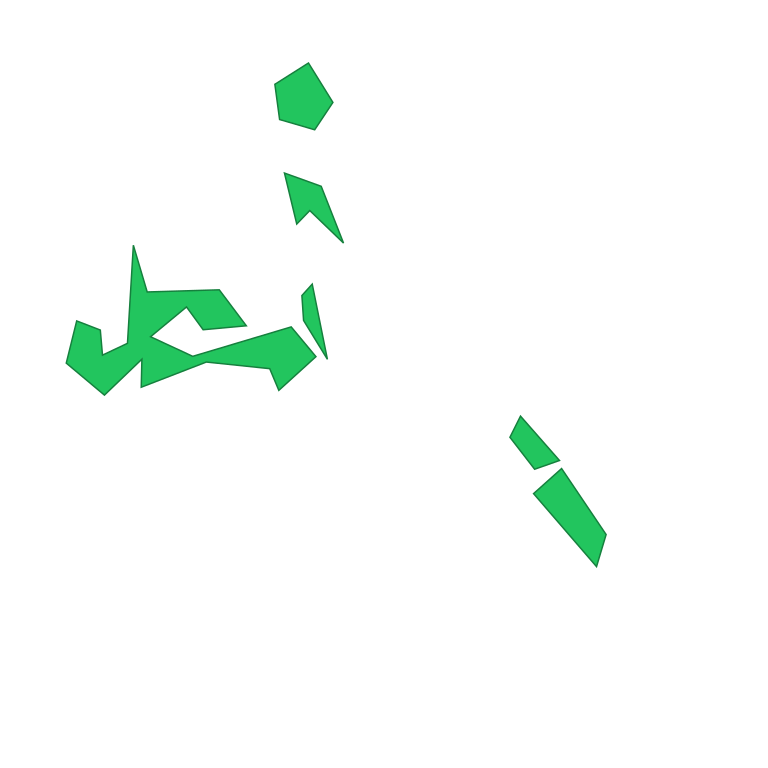 Nagasaki, Albers equal-area conic projection, rotated 131°
{"feature_id": "JPN-3500", "entity_name": "Nagasaki", "entity_type": "Prefecture", "adm_level": 1, "iso_a3": "JPN", "parent_name": "Japan", "parent_adm1": "", "projection": "albers", "projection_center": [129.432, 33.635], "detail": "coarse", "context": "isolated", "style": "filled", "palette": "green", "viewbox_px": 768, "rotation_deg": 131, "n_neighbors": 0, "source": "natural_earth", "source_scale": "10m", "svg_char_len": 764}
<svg xmlns="http://www.w3.org/2000/svg" viewBox="0 0 768 768"><g transform="rotate(131 384 384)"><path d="M545.7,565.1L524.1,583.0L575.8,587.7L576.7,637.5L538.0,657.3L529.4,633.5L546.9,615.4L521.6,604.3L443.7,664.2L469.9,623.1L421.0,570.1L430.4,526.1L461.7,556.1L455.4,583.6L501.5,591.2L488.6,546.5L401.8,491.5L408.0,453.3L457.8,459.2L447.4,480.3L484.0,532.5L545.7,565.1ZM382.4,103.8L368.6,199.2L331.3,194.5L351.9,117.6L382.4,103.8ZM252.9,636.3L229.4,663.0L191.3,651.6L205.0,607.3L237.6,603.1L252.9,636.3ZM349.5,214.4L341.6,254.0L318.7,259.9L326.6,201.4L349.5,214.4ZM301.8,553.8L320.5,554.8L290.1,597.5L276.0,561.1L304.2,507.0L301.8,553.8ZM402.5,442.9L388.8,486.4L371.1,504.0L355.7,503.7L402.5,442.9Z" fill="#22c55e" stroke="#15803d" stroke-width="1.5"/></g></svg>